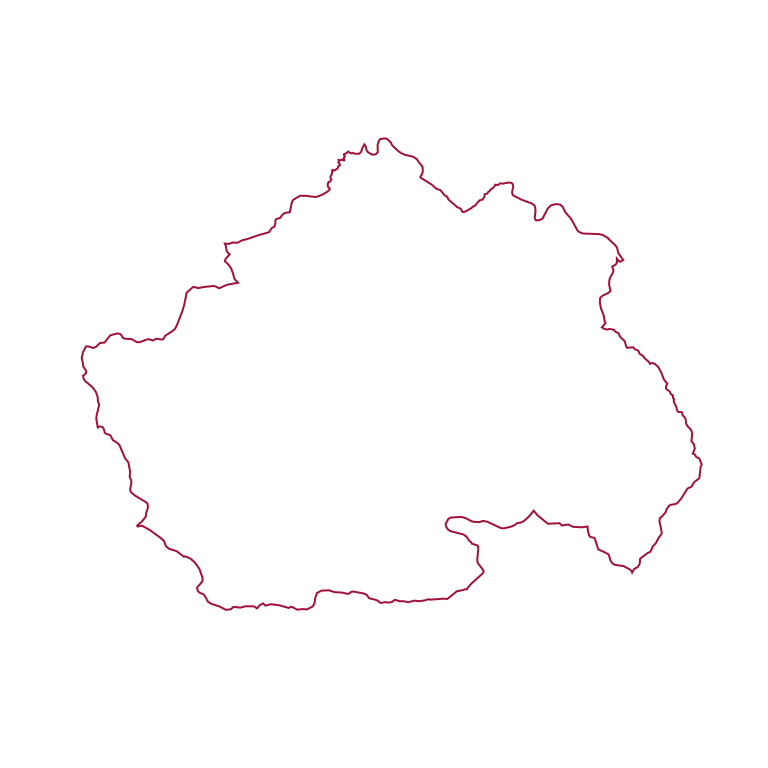 outline of Van Ban, Lào Cai, Vietnam, rotated 347°
{"feature_id": "81297802B34365172713310", "entity_name": "Van Ban", "entity_type": "district", "adm_level": 2, "iso_a3": "VNM", "parent_name": "Vietnam", "parent_adm1": "Lào Cai", "projection": "albers", "projection_center": [104.242, 22.064], "detail": "fine", "context": "isolated", "style": "outline", "palette": "rose", "viewbox_px": 768, "rotation_deg": 347, "n_neighbors": 0, "source": "geoboundaries", "source_scale": "gbopen_adm2", "svg_char_len": 6148}
<svg xmlns="http://www.w3.org/2000/svg" viewBox="0 0 768 768"><g transform="rotate(347 384 384)"><path d="M260.5,211.4L260.9,213.3L260.7,218.8L261.3,220.7L262.8,222.9L257.6,226.7L256.5,228.4L259.5,233.1L261.0,236.6L261.8,242.6L261.8,247.0L262.5,249.0L264.6,252.5L253.3,252.0L245.4,253.6L244.1,253.1L241.7,250.9L239.7,250.1L229.8,248.9L224.5,248.8L220.9,246.7L219.6,246.6L212.3,250.6L207.4,261.4L204.2,267.2L195.4,280.2L193.0,283.0L189.7,284.9L181.6,287.8L178.8,290.8L177.4,290.7L172.1,288.6L168.6,289.7L165.3,287.6L163.3,287.3L155.1,288.3L152.7,287.7L148.2,283.5L141.6,281.5L140.1,280.5L139.0,277.1L138.1,275.9L135.5,274.7L128.2,275.0L121.1,280.7L116.3,280.2L112.2,282.8L110.0,283.4L108.4,283.3L104.1,280.7L102.1,280.4L97.7,285.4L96.7,288.1L95.3,290.5L95.3,296.8L94.9,299.3L96.8,304.5L95.9,306.6L92.6,308.3L92.5,310.9L93.2,313.6L98.5,320.5L99.9,323.1L101.5,327.0L102.1,332.1L101.4,336.0L101.8,340.3L97.0,349.8L95.9,352.7L95.3,361.7L95.4,362.1L96.8,361.4L97.8,361.5L100.1,362.6L101.0,365.6L100.9,368.3L101.6,369.6L105.8,372.4L107.2,377.6L111.2,381.8L112.5,384.0L115.0,398.2L117.3,402.8L116.9,412.2L115.3,417.4L116.0,420.9L115.8,422.8L112.9,429.8L112.9,431.5L113.4,433.0L116.6,437.0L125.7,445.8L126.6,447.3L126.3,451.2L123.0,456.6L122.2,459.5L117.5,463.3L111.7,466.4L111.7,467.2L112.0,467.5L115.9,467.5L116.7,468.0L122.8,473.4L131.6,483.6L134.4,487.7L135.0,492.9L137.6,496.3L144.3,500.2L150.1,507.2L150.7,507.0L153.5,508.5L156.2,510.7L159.4,515.1L162.5,522.6L163.6,532.1L162.8,535.3L155.9,540.5L156.1,543.9L157.4,545.9L160.7,548.2L161.7,550.1L163.6,556.8L167.1,559.9L173.4,563.6L179.4,568.6L184.5,569.0L187.1,567.2L193.6,569.6L198.8,569.4L207.2,571.4L209.9,574.1L213.1,571.6L216.8,570.6L218.7,573.3L223.5,573.1L224.9,573.4L231.9,575.9L240.4,580.6L241.0,580.8L243.2,580.1L244.6,580.8L248.6,584.3L254.5,585.1L257.9,586.3L264.0,584.9L265.2,584.1L267.0,581.9L269.1,576.5L270.9,574.1L271.4,572.7L276.5,571.3L283.8,572.6L289.2,575.8L296.0,577.7L301.6,580.4L302.9,580.4L305.3,579.1L307.4,579.3L316.8,583.4L319.8,585.6L321.2,589.3L327.8,592.7L329.4,594.0L330.7,595.9L332.2,596.7L335.9,596.8L340.0,598.2L343.2,598.0L346.0,596.7L350.3,599.1L354.5,600.2L358.6,602.1L364.6,601.9L369.6,603.6L375.1,604.0L378.9,603.7L380.8,604.6L394.0,606.6L397.3,607.7L408.5,602.3L414.7,602.6L416.5,602.2L418.4,602.8L419.2,601.8L424.3,598.1L436.7,591.2L438.4,590.0L438.9,588.9L438.6,587.1L435.0,579.3L435.3,576.3L438.9,565.4L439.0,562.5L433.7,559.3L433.0,557.3L431.9,556.1L429.9,550.9L428.6,549.9L427.8,548.6L416.0,542.5L413.8,540.6L412.5,537.1L412.5,534.2L416.6,529.7L419.2,529.2L429.5,530.9L433.7,533.3L438.0,537.1L440.2,538.4L445.8,540.0L449.9,539.7L454.1,541.7L465.2,550.5L468.3,551.6L475.4,551.6L479.9,550.8L482.8,549.4L485.6,549.9L489.6,549.0L495.5,545.7L501.3,541.1L504.3,546.8L512.2,557.0L523.6,559.1L525.4,561.8L532.0,562.4L536.1,565.7L544.9,568.2L550.2,568.6L549.6,573.8L549.9,577.9L550.6,579.5L554.5,581.3L555.6,593.4L560.6,597.1L563.8,599.9L564.6,601.1L565.0,607.1L566.3,610.3L568.4,612.2L576.3,615.2L581.6,619.8L583.2,622.0L583.4,623.5L586.4,620.3L589.8,619.6L591.9,617.6L592.8,616.5L594.2,611.9L602.5,608.1L605.8,607.4L609.5,602.6L612.7,600.6L617.3,595.3L620.6,592.7L621.1,591.5L621.5,585.1L621.4,580.1L622.6,576.7L624.5,576.0L629.5,572.4L630.9,569.9L634.4,566.7L636.2,566.2L641.1,566.5L643.4,565.8L647.9,562.4L656.1,554.2L660.7,553.1L664.1,549.4L669.4,547.1L670.2,546.4L674.0,535.7L675.5,533.9L674.4,527.4L671.8,525.3L671.0,522.7L669.2,521.3L672.3,516.9L672.4,512.6L670.7,508.9L673.2,501.5L672.9,497.8L670.3,493.4L669.5,490.9L670.0,485.4L667.9,481.3L668.1,479.0L667.0,478.1L664.6,477.5L663.6,475.9L663.7,471.9L662.4,467.1L662.6,465.3L663.2,464.5L662.5,462.6L662.9,459.9L661.5,458.8L660.6,455.5L657.8,452.2L658.0,450.2L660.1,447.4L657.8,442.6L656.7,435.1L655.1,429.3L652.2,425.0L649.9,423.8L647.6,424.2L647.4,422.6L643.6,417.3L642.7,415.0L639.7,411.8L639.6,409.7L638.8,408.3L636.4,406.7L634.9,404.2L629.1,403.5L628.5,401.9L628.1,396.3L624.6,391.0L624.1,387.8L623.5,386.8L621.5,385.4L620.2,382.9L616.3,381.1L614.0,381.2L611.4,380.1L609.0,377.8L613.6,374.4L613.1,372.8L613.5,366.4L612.4,359.3L612.6,353.6L613.7,349.3L614.6,348.3L616.7,347.2L623.0,345.7L625.7,344.3L625.7,337.7L627.0,333.3L628.7,330.6L631.9,327.3L632.9,325.4L633.2,324.2L632.7,321.1L636.6,319.7L638.2,318.3L639.1,314.3L640.3,316.8L641.7,318.0L645.0,317.0L641.8,309.3L641.7,303.3L640.0,299.9L635.3,293.1L635.5,292.6L630.6,287.9L626.8,286.2L611.6,282.1L607.9,279.4L607.0,277.9L603.5,265.2L599.3,257.4L598.0,251.5L595.8,248.7L591.6,247.3L586.9,247.5L583.0,249.9L575.5,258.7L571.9,259.3L568.9,258.8L568.1,256.4L570.4,249.9L571.0,246.5L570.8,244.0L568.8,241.5L559.3,235.2L552.2,229.2L551.9,228.6L551.9,225.9L554.4,220.7L554.4,218.1L553.2,216.6L550.6,215.7L545.2,215.5L542.2,214.7L539.7,215.8L537.2,214.8L536.0,216.4L533.6,217.8L531.2,218.6L530.2,219.9L528.8,220.3L527.4,221.7L524.9,221.7L524.0,223.9L521.8,226.4L518.3,226.6L512.6,230.8L510.4,231.2L508.9,232.2L502.0,234.3L499.6,234.3L498.9,233.5L498.3,230.6L495.0,228.0L488.2,218.6L487.7,215.8L485.3,213.5L482.6,207.8L479.1,205.7L475.2,200.3L466.0,191.1L466.1,190.2L468.5,187.7L469.8,185.2L470.4,180.7L467.9,176.0L466.6,172.3L463.4,169.0L455.7,165.3L452.7,162.9L450.4,160.4L446.2,154.2L445.4,152.5L445.2,150.6L442.1,145.8L439.7,144.8L435.3,144.5L433.6,146.0L431.5,149.7L430.1,156.7L427.6,158.3L424.0,157.9L420.5,154.5L419.6,152.3L419.6,148.3L418.8,146.1L415.7,149.6L414.2,152.3L411.8,154.1L406.8,152.9L405.5,151.7L403.6,151.8L401.4,149.4L398.8,150.9L397.1,150.8L396.4,151.8L397.1,153.5L395.7,154.8L395.5,157.2L395.0,157.2L393.7,155.8L391.8,156.2L390.2,155.4L390.1,157.0L389.3,158.0L390.4,159.6L390.2,161.0L388.9,161.2L387.1,163.6L383.8,164.8L382.8,164.8L382.3,163.8L381.8,163.8L380.5,167.6L378.6,169.6L378.3,171.7L378.7,173.0L377.2,174.6L375.4,174.7L373.9,177.0L373.9,179.8L375.0,181.1L374.8,182.3L372.2,183.8L366.4,185.7L361.0,186.4L359.2,186.4L350.7,183.2L344.5,181.7L337.1,184.1L335.3,185.8L330.9,195.4L325.8,195.0L322.7,196.5L320.3,198.7L316.1,199.1L315.1,200.1L314.1,203.4L312.5,206.1L309.9,206.7L306.1,210.2L294.8,210.8L282.5,212.1L278.5,212.0L273.0,213.4L268.3,212.1L264.9,212.6L260.5,211.4Z" fill="none" stroke="#9f1239" stroke-width="2"/></g></svg>